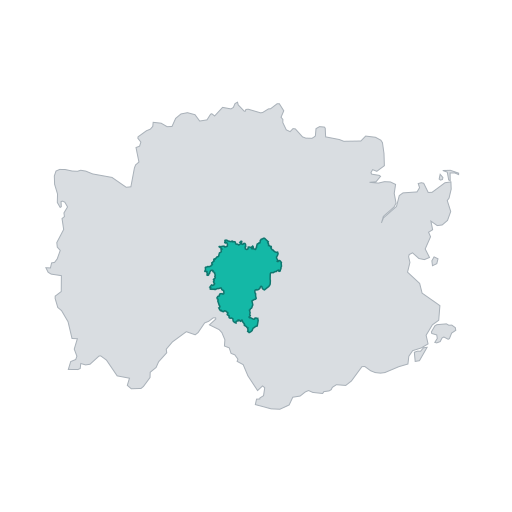 where Thüringen sits in Germany, rotated 84°
{"feature_id": "DEU-1577", "entity_name": "Thüringen", "entity_type": "State", "adm_level": 1, "iso_a3": "DEU", "parent_name": "Germany", "parent_adm1": "", "projection": "albers", "projection_center": [10.909, 50.922], "detail": "fine", "context": "in_parent", "style": "filled", "palette": "teal", "viewbox_px": 512, "rotation_deg": 84, "n_neighbors": 0, "source": "natural_earth", "source_scale": "10m", "svg_char_len": 9654}
<svg xmlns="http://www.w3.org/2000/svg" viewBox="0 0 512 512"><g transform="rotate(84 256 256)"><path d="M221.8,452.7L209.5,444.5L198.5,445.0L196.8,442.4L193.1,442.5L187.5,438.3L182.5,440.5L181.2,442.8L181.5,444.2L186.6,444.5L187.2,445.7L182.0,448.0L173.6,446.9L163.6,448.8L155.3,448.2L150.6,446.0L149.4,442.3L150.0,436.9L152.3,429.9L153.1,424.7L152.4,421.4L153.8,416.4L157.3,409.9L162.8,391.0L174.1,377.9L174.1,373.2L155.7,367.7L152.8,366.2L150.3,362.6L135.6,364.0L134.6,360.3L130.7,358.6L126.5,361.2L125.1,360.8L120.0,351.9L118.8,347.8L116.3,345.1L112.3,344.3L114.0,336.5L118.1,330.9L118.4,326.0L110.7,321.5L106.9,315.8L106.3,309.2L109.1,301.9L115.9,297.9L115.5,290.5L110.2,286.3L109.9,285.1L112.4,282.5L104.7,273.7L107.1,265.5L105.9,263.0L102.2,260.9L101.1,258.3L103.9,257.9L110.7,252.6L111.0,251.7L109.2,250.7L109.2,248.4L114.1,236.5L114.0,234.4L111.0,228.2L111.1,226.1L106.8,219.1L107.0,216.9L114.5,213.2L120.6,216.6L123.0,215.0L126.1,215.4L133.7,212.7L135.9,209.1L133.2,205.9L133.7,203.6L142.4,197.3L144.0,194.1L144.8,188.0L143.8,185.9L142.8,184.4L135.6,183.0L134.0,179.3L134.9,174.6L136.1,173.8L144.8,174.3L148.9,160.9L151.1,156.7L152.6,139.7L148.2,134.4L150.4,124.8L153.9,119.7L156.5,118.4L167.5,118.0L179.6,118.9L184.4,127.0L182.3,131.0L185.2,133.0L186.7,132.4L188.7,125.0L189.8,123.8L194.7,128.9L194.6,135.4L196.3,126.7L195.5,120.5L196.4,114.6L199.4,109.7L208.2,112.0L218.1,111.2L221.7,113.6L229.9,125.2L236.2,127.8L231.4,125.2L221.4,111.1L210.9,107.2L208.6,103.2L209.1,89.2L205.2,86.2L200.9,87.1L200.4,83.9L201.2,81.6L210.8,78.1L211.1,74.3L202.9,60.4L202.7,54.4L209.9,54.9L218.7,58.0L220.8,60.0L232.1,57.7L240.6,61.8L244.6,67.6L244.7,72.6L239.6,78.4L248.3,77.6L250.4,81.9L255.1,80.4L266.7,87.0L275.6,83.6L277.2,88.9L275.5,94.3L269.2,100.0L270.6,103.5L272.6,104.3L278.5,103.6L287.9,107.0L300.4,96.1L310.3,94.7L324.6,78.3L339.0,81.0L342.9,87.8L352.6,95.1L361.4,94.1L364.7,101.2L366.5,110.1L371.7,114.5L379.3,116.2L381.0,125.5L385.4,140.0L385.5,144.5L384.4,149.6L382.1,154.0L377.3,159.3L377.1,162.2L390.3,174.2L394.1,180.3L392.4,189.5L394.6,193.8L396.8,195.2L397.8,197.4L398.0,202.7L399.7,204.1L397.6,213.8L395.3,217.8L396.3,221.1L399.9,226.8L400.3,234.2L407.6,238.6L410.9,248.3L409.6,256.9L403.7,272.2L398.4,270.4L398.6,267.2L397.6,267.0L395.7,263.1L387.9,261.1L385.9,263.1L390.0,268.5L374.3,276.6L362.7,280.1L358.8,285.8L356.7,284.8L352.1,287.4L350.2,291.0L344.6,292.2L342.2,296.8L336.1,295.7L328.7,297.9L325.4,300.3L319.6,309.5L314.5,302.6L313.3,302.6L313.0,304.9L316.0,309.9L317.2,314.1L326.1,321.6L328.0,324.7L324.0,333.2L332.7,348.1L339.3,355.0L342.9,354.9L351.0,363.9L356.4,367.0L360.6,373.4L365.8,374.1L374.0,381.6L375.7,384.2L375.0,393.9L371.2,397.5L364.3,394.6L360.7,406.6L343.9,415.6L339.1,420.9L339.1,422.6L346.3,432.4L346.5,436.9L344.6,441.5L349.5,442.6L350.3,445.0L349.2,454.5L341.6,451.3L340.1,446.1L336.9,444.6L329.6,446.5L319.6,442.3L318.8,447.6L301.7,449.8L290.0,455.1L286.5,458.5L277.2,460.2L274.9,459.9L271.0,453.4L255.2,451.6L252.6,461.6L250.5,464.4L245.7,466.2L246.4,461.7L241.5,460.0L241.3,457.0L238.1,454.0L230.0,450.1L226.4,452.7L221.8,452.7ZM360.4,81.8L361.3,85.4L360.6,87.2L356.9,84.3L353.4,84.5L351.4,89.3L349.8,89.5L344.2,85.4L343.2,83.3L343.4,73.7L345.0,71.5L345.2,68.5L348.1,65.3L350.8,65.1L353.1,69.5L358.4,72.3L358.9,73.6L356.2,77.6L357.0,79.6L360.4,81.8ZM377.2,104.4L377.5,108.7L368.3,108.6L367.5,105.4L367.9,102.3L364.8,99.0L364.7,95.4L377.2,104.4ZM192.6,57.0L190.5,61.3L191.1,53.7L194.8,45.8L196.2,46.0L194.2,49.6L193.7,54.3L201.4,55.0L200.5,56.4L192.6,57.0ZM284.1,81.5L279.2,81.6L275.5,79.0L277.8,75.3L282.5,77.0L284.1,81.5ZM199.8,64.6L198.6,65.8L194.0,64.3L197.5,61.9L199.4,62.6L199.8,64.6Z" fill="#d9dde1" stroke="#a8b0b8" stroke-width="1"/><path d="M240.0,249.2L239.8,249.0L239.8,248.5L239.7,247.7L239.3,247.2L239.1,246.3L239.1,246.1L239.4,245.5L241.7,243.6L242.1,243.1L242.8,242.7L243.1,242.3L244.1,243.0L244.2,242.9L244.6,242.4L245.1,242.3L246.8,242.4L246.7,241.9L247.5,241.4L247.9,240.8L247.8,240.4L247.9,240.2L248.1,239.9L248.8,239.8L249.1,240.3L249.6,240.3L251.6,239.2L251.9,238.3L253.1,237.6L253.3,237.2L253.8,236.8L254.0,236.5L254.6,234.9L254.4,234.3L254.4,234.1L256.0,233.8L256.3,233.9L257.9,234.7L259.1,235.7L260.5,235.7L262.6,234.8L262.8,234.9L263.5,235.5L263.7,235.3L263.8,234.6L262.9,233.4L263.0,233.0L263.6,232.3L265.2,231.4L265.8,231.7L268.8,231.7L270.3,232.5L271.3,232.5L271.7,232.9L272.8,233.4L273.3,233.4L273.5,233.7L273.7,234.2L273.7,234.7L273.6,234.8L273.3,234.9L272.7,234.7L272.4,235.0L272.4,235.3L272.9,236.7L273.6,237.6L273.5,238.8L274.1,240.0L274.4,240.6L274.2,241.8L274.2,242.7L274.4,243.2L275.3,243.7L280.5,244.4L282.0,244.3L285.1,244.8L286.0,245.1L287.7,246.5L288.7,248.2L290.6,251.1L290.3,251.7L289.6,252.6L288.8,253.1L287.1,253.4L286.6,254.1L287.0,254.7L287.8,255.2L288.5,255.5L288.9,255.9L289.6,257.1L289.8,258.0L289.9,258.8L289.5,259.1L289.7,260.1L290.1,260.6L290.6,260.8L292.5,260.9L293.5,260.3L295.1,260.5L296.6,260.5L298.0,260.2L298.9,260.9L299.0,261.1L299.0,262.2L299.3,262.7L299.4,263.1L299.8,263.7L300.0,264.4L300.5,264.8L301.2,264.6L304.2,264.3L304.6,264.4L305.3,264.9L307.0,265.6L307.5,266.1L307.7,266.7L308.0,267.1L309.1,267.7L309.2,268.2L309.3,268.2L311.7,267.8L313.7,268.4L314.6,267.9L315.7,268.8L315.9,269.3L316.2,269.3L316.8,268.8L316.7,268.3L316.8,267.9L317.9,266.3L318.7,264.8L318.7,264.5L318.5,264.1L318.2,263.8L317.7,263.6L317.6,263.4L317.7,262.3L318.3,261.3L318.2,260.8L320.4,260.6L325.7,262.1L326.0,263.7L327.1,265.5L327.4,266.3L327.9,266.7L329.8,267.7L330.7,269.0L331.4,270.5L331.4,270.9L330.9,271.2L330.2,272.1L329.8,271.7L329.2,271.9L328.1,271.7L327.4,271.8L326.7,271.6L326.6,272.1L325.2,273.0L324.5,273.8L323.9,274.7L323.7,274.8L323.7,274.6L323.3,274.5L322.1,274.7L320.8,275.8L318.3,276.6L318.3,277.1L318.7,277.6L319.3,277.8L319.4,278.1L318.9,278.8L318.4,278.9L318.0,279.3L317.8,279.9L317.8,280.4L318.4,280.3L318.7,280.6L318.8,280.7L318.6,281.5L318.9,282.2L319.1,282.6L319.5,282.8L320.3,282.8L320.6,282.9L319.9,284.1L319.5,284.6L318.3,285.5L316.0,285.6L315.1,286.8L315.2,287.9L314.9,288.7L314.7,289.0L313.7,289.3L313.0,289.0L312.5,289.1L311.7,290.4L311.4,290.7L310.8,290.7L310.3,290.1L310.1,290.0L309.7,289.9L309.3,290.0L308.6,291.0L307.8,291.6L307.3,292.7L307.2,292.9L307.3,293.3L307.8,293.7L307.9,294.1L308.0,294.5L307.6,295.0L307.5,295.6L306.7,296.0L306.3,296.3L306.3,296.7L306.6,297.1L305.4,297.8L303.8,298.4L303.7,297.9L303.1,297.6L302.8,297.2L302.4,297.2L301.6,297.4L301.5,297.6L300.9,297.8L296.8,298.7L295.8,298.3L295.0,298.3L294.6,299.0L293.5,299.2L292.2,298.2L292.0,296.9L291.8,296.6L291.4,296.5L291.0,296.6L290.2,295.9L289.9,295.8L289.8,295.3L289.9,293.5L290.4,293.1L290.5,292.8L290.1,292.0L289.5,291.8L287.3,291.7L287.0,292.1L286.6,292.3L286.3,293.1L285.6,293.6L284.9,293.7L284.0,294.2L284.2,295.1L284.2,295.5L284.5,296.6L284.3,297.9L284.5,298.3L284.6,298.9L285.0,299.5L285.1,300.3L285.0,300.5L284.7,300.6L284.8,301.3L284.4,302.4L284.6,303.2L284.2,304.1L284.3,304.7L284.2,304.9L283.9,305.0L283.1,304.7L282.6,304.3L282.4,304.4L282.1,305.1L280.4,303.5L280.1,303.0L280.8,302.3L280.8,302.0L280.2,300.8L279.6,300.6L279.4,300.1L278.8,300.1L278.4,300.6L277.2,301.0L276.9,300.9L276.7,300.6L276.3,300.2L275.4,300.1L275.2,300.2L275.2,300.7L275.0,300.8L274.7,300.6L273.5,298.8L273.0,298.8L271.9,299.1L271.4,298.6L271.1,298.5L270.6,298.7L269.8,298.6L268.9,299.1L268.2,298.9L267.9,299.2L267.1,300.4L266.9,300.5L266.2,300.2L265.9,300.4L265.7,300.7L265.6,302.3L265.9,302.7L266.8,303.2L267.5,303.9L268.5,304.0L268.8,304.6L269.0,304.8L270.0,305.2L270.2,305.8L270.1,306.4L269.9,306.7L269.6,306.7L268.5,306.3L267.1,306.6L266.4,306.4L266.2,306.6L266.0,308.4L265.8,308.5L264.6,307.8L263.8,307.6L262.2,307.6L261.8,307.0L261.8,306.7L261.9,306.4L261.9,306.2L261.5,305.3L261.4,305.1L261.7,303.9L261.4,302.1L260.5,301.4L260.0,300.3L259.5,300.4L259.1,300.7L258.1,300.6L258.0,300.0L257.1,299.2L256.8,298.8L256.5,298.1L255.7,298.4L255.0,298.3L254.7,298.1L254.5,297.6L254.8,297.2L254.8,296.8L253.9,296.1L253.3,295.3L252.8,294.9L252.7,294.6L252.7,293.9L252.5,293.4L252.4,293.3L249.1,292.0L248.6,290.7L247.9,290.0L245.9,290.1L245.6,290.0L245.5,289.2L244.9,289.6L243.0,291.7L242.8,291.7L242.7,291.5L242.7,291.2L243.1,289.6L242.8,288.8L242.9,287.5L242.8,286.9L243.2,286.3L243.4,286.2L243.7,286.2L243.8,286.0L243.7,284.8L243.4,283.8L243.2,283.5L241.2,283.1L240.2,283.6L239.6,283.8L239.4,284.0L239.4,284.3L239.9,285.0L239.6,285.5L239.4,285.7L239.0,285.6L238.0,285.1L237.3,285.3L237.1,285.1L237.1,284.0L237.2,283.5L237.6,282.8L238.0,282.5L238.3,282.1L238.3,281.5L239.0,280.0L239.1,279.0L238.6,278.3L238.8,277.8L239.2,277.6L239.4,277.7L239.5,277.6L239.4,276.5L239.6,275.8L239.6,275.5L239.9,275.3L240.4,275.1L241.1,275.0L242.1,274.6L242.2,274.4L242.3,273.9L242.2,273.5L242.3,273.2L243.3,271.9L242.9,271.4L242.5,270.5L241.7,269.9L241.2,270.0L240.7,270.6L240.4,270.2L240.4,269.6L240.4,269.4L240.0,269.6L239.8,269.5L239.8,269.4L239.8,268.9L239.9,268.7L240.3,268.6L240.7,268.9L241.9,269.0L242.8,268.8L243.0,268.4L242.9,267.7L242.6,267.1L242.3,266.9L242.2,266.6L242.3,265.8L243.2,265.2L244.6,265.2L245.0,265.3L245.6,265.2L245.7,265.3L245.6,265.7L246.0,265.9L247.9,265.8L248.6,264.5L248.6,264.4L248.4,264.0L248.0,263.2L247.3,263.1L246.9,262.8L246.3,262.7L246.5,261.3L246.7,260.8L247.1,260.1L247.3,259.4L246.3,259.1L246.1,258.6L245.8,258.3L246.1,258.0L246.9,257.8L247.4,257.8L247.8,258.4L247.8,258.8L248.1,259.1L248.2,259.4L248.3,259.4L248.4,259.2L248.6,257.5L248.8,257.0L249.3,256.4L249.5,256.0L249.4,255.7L248.2,255.2L247.4,254.5L246.6,254.5L246.1,254.2L245.4,254.0L244.2,253.5L244.1,253.3L244.0,252.5L243.4,252.0L243.3,251.7L243.3,251.4L243.5,251.0L243.3,250.7L241.7,250.2L241.1,250.2L240.7,249.9L240.5,249.4L240.0,249.2Z" fill="#14b8a6" stroke="#0f766e" stroke-width="1.5"/></g></svg>